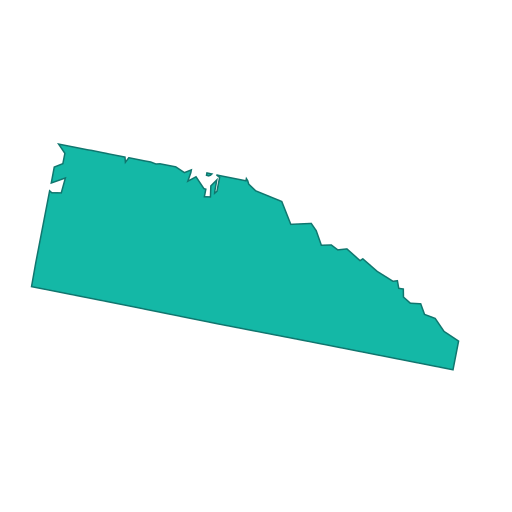 Jefferson, Colorado, United States of America (orthographic projection), rotated 281°
{"feature_id": "52423323B54822682121857", "entity_name": "Jefferson", "entity_type": "district", "adm_level": 2, "iso_a3": "USA", "parent_name": "United States of America", "parent_adm1": "Colorado", "projection": "orthographic", "projection_center": [-105.138, 39.522], "detail": "fine", "context": "isolated", "style": "filled", "palette": "teal", "viewbox_px": 512, "rotation_deg": 281, "n_neighbors": 0, "source": "geoboundaries", "source_scale": "gbopen_adm2", "svg_char_len": 1118}
<svg xmlns="http://www.w3.org/2000/svg" viewBox="0 0 512 512"><g transform="rotate(281 256 256)"><path d="M328.1,108.5L328.1,92.6L328.3,74.4L328.1,70.7L328.2,40.9L320.3,48.8L309.8,48.8L304.8,41.0L288.6,41.1L296.2,54.0L280.8,52.8L279.1,43.5L280.6,41.0L207.6,41.1L183.1,41.5L182.8,132.4L182.1,231.7L182.2,322.1L181.9,471.1L210.5,471.1L211.1,471.1L217.8,455.0L228.9,443.8L230.8,432.6L240.5,426.8L239.1,416.5L243.8,408.6L251.7,406.9L251.5,402.3L258.7,399.5L257.3,395.3L264.0,377.9L273.6,361.4L271.3,359.0L280.3,343.9L277.6,335.1L281.2,327.8L279.0,318.1L292.3,310.3L298.5,304.0L293.7,284.1L314.4,270.9L319.9,243.3L325.1,235.2L328.3,233.5L330.1,231.8L327.9,231.8L328.0,204.5L328.1,201.7L326.2,205.3L312.1,205.3L309.7,203.4L311.3,203.2L323.2,203.0L316.2,198.3L305.3,200.0L304.3,194.0L312.0,194.0L312.2,192.0L322.3,182.0L316.4,174.8L325.3,176.1L328.2,176.1L324.2,169.8L328.2,160.2L328.2,156.2L328.2,144.2L327.2,140.2L328.2,134.7L328.1,127.9L328.2,112.4L323.1,109.9L328.1,108.5ZM328.1,197.0L328.1,195.9L328.2,192.0L325.8,192.0L325.6,194.2L326.6,195.9L328.1,197.0Z" fill="#14b8a6" stroke="#0f766e" stroke-width="1.5"/></g></svg>